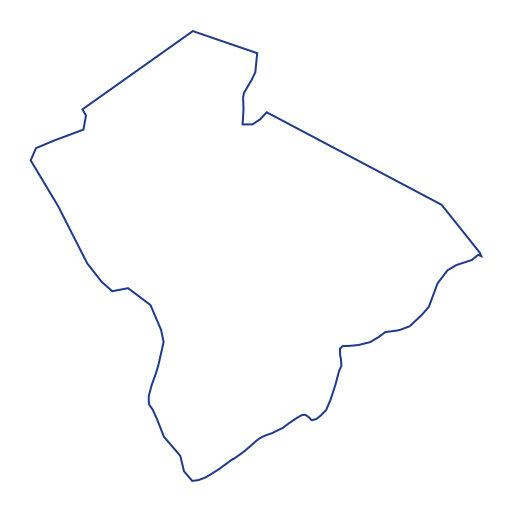 the district of Esperance, Vieux Fort, Saint Lucia
{"feature_id": "8701671B19142540356259", "entity_name": "Esperance", "entity_type": "district", "adm_level": 2, "iso_a3": "LCA", "parent_name": "Saint Lucia", "parent_adm1": "Vieux Fort", "projection": "natural_earth1", "projection_center": [-60.961, 13.789], "detail": "fine", "context": "isolated", "style": "outline", "palette": "blue", "viewbox_px": 512, "rotation_deg": 0, "n_neighbors": 0, "source": "geoboundaries", "source_scale": "gbopen_adm2", "svg_char_len": 1405}
<svg xmlns="http://www.w3.org/2000/svg" viewBox="0 0 512 512"><path d="M233.1,458.8L233.7,458.9L237.8,456.0L239.5,454.8L241.8,453.2L244.0,451.5L248.4,447.8L252.3,444.4L256.4,440.7L259.9,438.2L263.1,436.5L266.4,435.1L272.1,433.2L277.3,430.5L282.7,428.0L285.3,426.0L288.7,423.4L292.0,421.2L297.2,417.7L301.6,415.2L304.8,414.7L306.1,415.3L308.5,417.0L310.2,418.5L310.9,419.5L311.9,420.2L312.5,420.1L316.5,418.9L320.9,415.4L326.2,409.9L330.6,399.6L335.3,385.1L339.0,371.3L341.4,365.8L341.0,359.5L340.0,354.4L340.0,348.5L342.7,346.1L350.5,345.8L358.5,345.0L369.9,342.2L378.0,337.5L385.3,332.1L395.9,330.7L399.6,330.0L409.6,326.3L422.0,314.7L428.9,306.7L437.6,283.3L447.6,270.2L456.3,265.1L471.8,260.0L478.1,254.9L481.3,256.1L479.8,252.7L441.6,204.8L266.7,112.3L260.4,119.1L252.5,124.4L242.6,124.4L243.5,109.6L243.3,102.9L243.1,97.7L243.9,93.1L249.5,83.5L251.7,79.8L254.7,73.5L255.3,72.4L257.2,53.2L218.1,39.8L192.8,31.1L82.5,109.3L86.0,115.7L83.4,129.6L54.4,140.4L36.0,148.1L30.7,160.4L58.4,206.6L76.5,242.3L87.3,263.5L101.8,282.0L105.7,285.4L112.3,291.2L128.1,288.2L150.5,305.1L161.0,329.7L162.4,336.1L163.6,342.0L158.4,365.1L157.2,369.1L155.9,373.4L153.3,380.6L151.7,385.0L148.8,395.8L148.7,400.3L149.0,403.0L149.3,404.9L152.6,409.5L157.0,419.1L163.9,436.7L171.5,445.6L180.3,455.9L184.0,471.3L192.2,480.9L198.5,480.1L206.1,477.2L218.0,469.8L233.1,458.8Z" fill="none" stroke="#1e3a8a" stroke-width="2"/></svg>